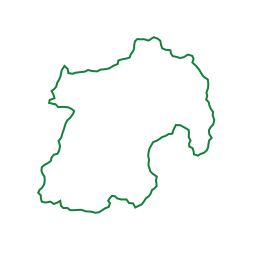 Tabuleiro, Minas Gerais, Brazil, rotated 105°
{"feature_id": "56859067B43776392913004", "entity_name": "Tabuleiro", "entity_type": "district", "adm_level": 2, "iso_a3": "BRA", "parent_name": "Brazil", "parent_adm1": "Minas Gerais", "projection": "orthographic", "projection_center": [-43.254, -21.359], "detail": "fine", "context": "isolated", "style": "outline", "palette": "green", "viewbox_px": 256, "rotation_deg": 105, "n_neighbors": 0, "source": "geoboundaries", "source_scale": "gbopen_adm2", "svg_char_len": 2333}
<svg xmlns="http://www.w3.org/2000/svg" viewBox="0 0 256 256"><g transform="rotate(105 128 128)"><path d="M33.7,126.7L38.2,130.8L38.1,135.7L39.1,138.8L39.7,142.1L42.5,143.7L46.6,143.4L49.4,142.7L52.2,142.9L55.8,144.3L59.5,144.7L61.2,147.2L63.0,151.2L65.3,154.8L68.8,154.5L71.6,158.1L75.4,161.7L77.5,166.2L78.7,169.7L81.3,172.4L82.2,177.1L82.4,181.7L84.8,184.4L86.6,189.1L88.1,192.8L90.0,195.7L90.4,199.8L86.6,201.6L84.5,205.4L89.4,207.0L92.4,206.8L95.2,206.6L99.2,207.1L102.7,208.1L106.6,208.0L109.6,209.4L112.0,211.4L114.6,208.9L118.3,206.7L121.2,210.9L124.2,210.7L124.1,207.3L123.8,204.1L125.9,200.9L124.5,196.6L123.5,191.3L124.2,187.5L125.5,184.4L128.5,184.7L132.9,186.4L136.5,188.7L140.5,189.5L145.5,189.6L150.8,190.0L154.7,190.0L158.4,191.7L163.2,188.9L167.7,188.7L171.1,189.4L172.9,192.6L176.3,194.2L179.9,194.1L182.7,196.4L185.6,199.4L188.3,201.1L191.8,200.5L194.5,198.5L196.6,196.1L200.0,194.9L203.9,194.4L208.1,195.6L210.6,197.4L213.8,198.0L215.5,194.9L218.6,193.9L221.4,192.3L221.4,188.5L219.2,183.8L220.6,180.0L218.3,176.9L215.9,174.6L220.4,172.6L222.1,169.7L220.9,166.0L222.3,162.5L221.5,159.4L220.5,156.3L219.1,152.0L219.4,147.0L218.4,142.3L218.3,137.5L216.9,134.2L214.2,131.7L211.6,129.4L209.2,126.2L205.3,126.0L203.4,128.3L200.5,127.4L197.8,126.0L197.3,122.9L198.8,120.3L198.8,116.1L197.4,111.0L200.2,107.6L199.5,103.6L202.9,100.4L200.7,97.9L198.3,95.0L194.5,93.5L191.1,92.4L188.5,90.2L185.3,89.1L181.8,88.8L179.4,86.8L176.7,85.3L174.0,86.3L171.3,87.4L167.5,87.6L165.7,92.4L164.2,95.1L161.8,96.6L158.8,98.6L153.3,99.5L149.8,101.2L146.8,101.8L142.5,101.9L138.5,101.0L135.0,100.0L132.9,97.0L130.5,94.7L127.9,92.7L125.9,89.6L123.4,87.3L122.0,83.7L118.1,83.6L112.7,82.5L111.8,78.0L112.6,75.0L113.4,71.7L114.3,68.8L117.2,67.8L121.0,67.0L123.9,64.4L127.4,64.9L130.1,64.0L130.7,60.5L133.2,58.8L136.4,57.4L136.6,53.3L134.2,51.1L132.4,48.3L129.2,46.1L126.0,45.6L123.0,46.1L119.0,46.4L115.8,44.6L112.8,48.0L109.0,49.3L105.8,48.3L102.4,46.6L97.7,46.8L93.9,49.5L90.4,49.9L88.4,52.6L85.5,55.0L82.1,56.8L80.4,59.8L76.4,59.8L73.4,61.4L68.6,61.0L64.5,61.9L60.5,63.5L58.7,68.6L56.0,71.6L53.2,74.4L50.3,78.5L48.1,82.8L44.4,82.5L41.7,84.6L41.6,89.1L45.2,92.5L47.0,96.0L46.7,99.2L47.0,103.4L44.9,105.9L41.9,107.1L42.7,112.0L42.1,115.7L39.1,117.6L35.3,119.4L33.9,122.9L33.7,126.7Z" fill="none" stroke="#15803d" stroke-width="2"/></g></svg>